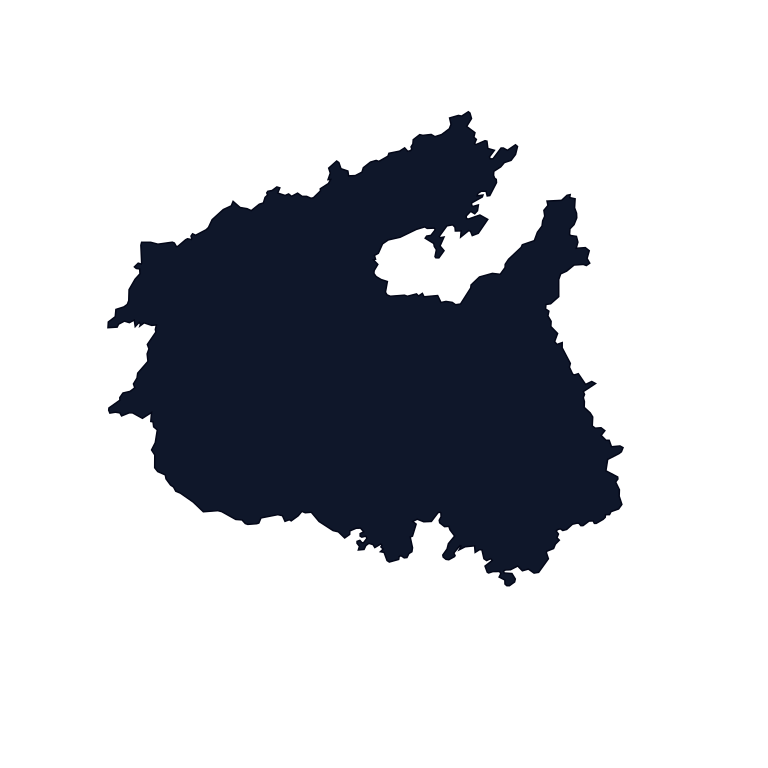 map outline of Bashkortostan (Robinson projection), rotated 332°
{"feature_id": "RUS-2378", "entity_name": "Bashkortostan", "entity_type": "Republic", "adm_level": 1, "iso_a3": "RUS", "parent_name": "Russia", "parent_adm1": "", "projection": "robinson", "projection_center": [56.933, 54.055], "detail": "fine", "context": "isolated", "style": "filled", "palette": "ink", "viewbox_px": 768, "rotation_deg": 332, "n_neighbors": 0, "source": "natural_earth", "source_scale": "10m", "svg_char_len": 6147}
<svg xmlns="http://www.w3.org/2000/svg" viewBox="0 0 768 768"><g transform="rotate(332 384 384)"><path d="M446.9,164.9L448.1,167.3L447.1,173.7L452.1,179.0L450.5,183.6L456.5,186.5L464.0,186.6L467.3,183.3L476.2,181.7L482.0,182.9L484.0,185.0L494.4,184.7L496.7,182.6L507.1,185.7L513.1,185.2L514.2,189.7L516.9,190.4L518.8,189.7L519.2,187.3L522.2,185.6L524.5,182.0L532.6,180.6L535.0,182.7L542.8,185.8L545.1,189.5L552.0,190.8L561.5,189.3L565.1,186.2L566.8,179.9L575.8,181.8L578.3,183.9L586.3,183.2L587.1,185.1L585.9,190.7L577.9,195.4L582.3,204.8L579.2,208.3L580.4,211.4L576.8,214.3L577.6,215.8L587.4,216.6L588.9,217.9L586.3,224.8L591.2,229.5L583.7,233.0L583.5,235.2L586.0,236.3L598.1,230.6L600.2,231.7L602.7,235.6L612.4,234.5L613.4,237.0L607.9,243.1L601.2,246.2L594.2,245.0L589.0,247.1L580.8,247.8L578.7,251.2L578.3,254.3L579.2,256.0L577.9,259.0L565.9,267.3L563.4,266.4L564.6,261.7L560.4,259.5L556.4,259.8L554.6,261.6L560.1,263.6L558.6,265.0L546.3,265.3L545.2,267.7L546.0,269.0L551.4,270.2L547.9,274.9L544.0,276.3L541.8,272.5L540.7,272.5L535.4,274.3L534.5,276.8L536.1,278.0L548.0,279.8L552.9,287.4L538.0,295.2L531.6,294.4L532.1,289.8L530.8,288.3L520.6,290.3L524.0,285.0L518.8,282.4L520.3,278.8L519.3,275.7L513.8,273.9L502.1,279.6L502.3,281.2L506.0,282.4L498.3,288.4L499.6,294.5L491.7,298.4L489.0,296.9L488.8,295.5L493.3,290.0L493.0,286.1L493.9,283.3L488.8,274.6L491.1,273.4L495.2,274.8L501.6,271.9L501.6,270.0L495.2,266.9L493.7,264.4L485.2,262.7L467.1,262.0L455.4,258.8L448.5,259.6L440.4,265.9L435.9,266.0L435.1,269.9L432.9,269.3L434.7,275.5L428.6,279.2L427.0,281.6L427.5,285.4L430.5,290.4L435.1,295.1L428.4,303.6L428.5,306.7L430.8,309.5L443.8,315.2L445.8,317.5L455.0,319.7L455.8,322.5L460.4,322.0L460.3,325.8L472.9,331.1L472.6,338.8L477.5,340.2L482.6,344.0L484.4,347.6L489.1,349.3L505.7,339.9L507.4,337.4L518.5,334.3L531.6,337.2L538.1,341.7L545.6,338.0L547.2,335.2L552.6,332.3L569.2,327.8L571.5,326.0L584.0,328.0L590.7,322.0L597.7,318.7L600.7,314.4L604.7,311.3L606.7,305.7L612.6,303.3L613.8,299.0L627.0,305.2L634.2,303.3L637.3,304.2L635.5,306.6L639.7,310.2L635.0,317.9L634.2,323.6L632.2,327.8L626.6,332.5L621.0,334.3L618.1,339.0L618.4,340.4L623.2,344.0L621.8,349.8L617.4,354.4L625.8,358.1L627.8,362.7L622.2,368.5L622.4,373.9L618.3,374.4L616.1,372.0L607.7,368.2L598.2,370.1L591.7,369.7L587.3,373.8L579.3,388.9L568.8,391.4L564.3,389.8L561.9,393.6L563.8,397.1L560.7,400.8L561.0,407.1L558.3,411.6L561.0,420.9L554.6,426.6L555.3,430.3L560.8,431.1L558.3,435.7L558.2,453.3L555.6,456.2L555.2,463.9L556.4,465.4L560.4,466.1L561.8,479.0L568.6,479.3L571.0,482.9L556.4,484.3L556.2,487.3L553.6,489.6L552.7,493.6L549.8,498.6L552.5,506.3L552.8,511.1L548.2,518.8L549.8,522.2L555.1,524.5L557.1,528.9L551.6,531.3L553.6,537.9L556.4,539.4L555.4,546.2L563.3,549.5L565.2,552.4L561.8,555.3L558.8,555.8L546.1,555.6L539.2,564.8L546.7,575.8L545.9,577.7L542.5,579.3L542.2,587.9L539.0,593.4L537.5,602.0L532.5,604.5L524.5,603.3L521.8,605.2L518.2,603.4L516.7,605.6L513.9,606.4L505.9,606.7L504.3,605.8L504.4,603.1L500.7,601.3L493.3,602.5L491.3,601.5L490.7,598.5L489.1,597.5L484.5,596.3L477.0,598.2L473.1,597.3L471.7,594.6L468.9,594.1L467.0,594.6L467.6,598.4L464.5,601.0L465.5,604.2L460.1,605.9L456.5,608.9L449.3,608.1L448.2,609.1L447.1,615.5L432.1,622.9L427.7,621.4L424.6,615.2L418.5,613.9L416.6,607.5L408.5,607.4L403.9,605.2L401.5,605.4L401.4,607.3L408.0,611.4L408.4,617.8L406.4,620.1L400.0,621.0L397.7,619.7L396.9,617.4L398.7,613.8L395.0,608.5L398.1,606.3L398.0,603.8L391.9,600.7L387.7,600.0L386.8,598.7L387.7,592.2L396.8,590.6L396.1,588.3L391.7,588.1L390.2,585.2L392.6,576.4L390.6,575.1L385.4,575.5L388.0,569.4L379.2,565.8L372.5,565.7L376.0,563.3L375.3,562.3L366.3,566.0L366.2,568.9L365.2,569.5L358.7,569.6L356.4,567.9L355.0,564.6L355.6,562.6L362.2,559.3L365.9,555.2L375.0,551.4L373.8,543.8L374.4,540.1L370.5,538.4L368.0,532.7L368.8,530.2L372.1,528.0L373.7,524.6L373.3,523.6L371.5,522.9L361.3,527.6L354.4,524.3L349.9,519.0L344.8,518.8L346.6,522.8L337.7,531.7L335.3,531.4L332.3,542.0L329.9,545.2L326.4,545.4L322.8,548.0L320.2,547.0L318.4,543.5L316.3,543.5L314.6,545.8L305.1,543.7L303.8,541.3L305.0,532.7L302.1,530.4L305.8,529.3L304.8,526.4L306.5,525.5L306.0,523.8L299.1,524.1L298.9,520.6L295.8,517.6L292.2,518.1L288.7,520.7L283.4,518.5L286.1,515.8L285.4,511.9L286.3,510.3L289.3,510.7L290.0,513.7L291.3,514.6L296.5,512.2L296.5,509.8L292.5,508.8L291.5,507.1L292.7,504.9L296.7,505.0L295.6,500.2L291.7,498.3L284.8,497.7L283.1,500.7L277.0,501.5L274.3,493.1L270.2,489.5L262.1,474.9L259.6,463.1L254.0,460.7L251.7,457.9L246.3,460.1L237.8,461.3L236.7,459.4L232.1,458.8L232.5,452.6L228.9,449.5L212.5,444.5L208.2,448.0L206.0,447.6L197.8,444.0L196.0,442.1L194.8,437.3L189.5,434.0L180.8,420.5L177.8,417.8L164.5,412.0L160.1,398.7L153.0,384.8L149.8,380.9L149.8,376.2L148.1,373.0L147.0,365.4L148.2,361.6L143.1,355.1L142.2,350.3L148.3,339.0L147.8,333.1L154.5,328.4L162.3,318.1L160.5,313.7L162.3,309.0L160.5,307.6L165.4,300.0L154.6,300.9L148.4,291.4L145.3,289.8L137.3,289.0L137.2,285.5L133.6,282.8L128.3,281.0L128.6,277.9L129.9,276.0L143.2,274.3L144.4,271.9L149.3,269.4L156.3,271.3L162.2,270.3L162.8,266.3L168.7,262.8L171.6,258.8L186.2,253.2L189.0,246.2L193.0,242.6L193.6,238.0L207.0,231.0L207.7,228.5L210.8,225.0L206.4,223.2L200.9,217.4L195.7,218.2L197.0,216.9L196.8,214.6L191.3,216.5L193.5,210.3L188.0,210.3L184.3,206.6L177.7,206.6L175.1,208.5L166.7,204.7L169.7,199.8L178.3,198.4L182.3,192.3L190.5,193.8L194.7,193.2L197.8,190.5L203.2,181.0L213.4,174.6L220.3,172.1L222.3,167.7L219.5,165.7L218.6,163.4L223.7,161.9L225.9,164.1L226.7,163.6L234.5,147.3L236.5,145.1L244.5,149.3L250.0,154.4L263.7,159.4L265.1,161.1L265.2,165.1L266.5,165.7L276.5,163.5L278.7,163.5L281.6,165.9L282.6,165.4L283.0,162.8L285.5,161.5L287.5,164.2L299.3,164.3L302.5,163.4L309.4,158.2L324.0,154.5L332.8,155.0L336.5,151.9L339.8,160.6L345.4,164.9L348.2,168.6L358.3,166.7L362.5,167.5L366.6,163.4L369.9,162.5L370.2,160.2L371.9,159.3L376.0,160.6L381.9,159.7L384.1,161.9L379.8,165.5L385.2,171.1L389.0,171.4L390.5,174.9L397.3,174.9L399.8,179.9L403.8,182.0L406.7,185.7L409.1,186.4L418.5,183.7L419.4,181.7L429.0,180.9L433.0,178.4L430.5,177.3L435.6,172.6L436.5,167.4L446.9,164.9Z" fill="#0f172a" stroke="#020617" stroke-width="1.5"/></g></svg>